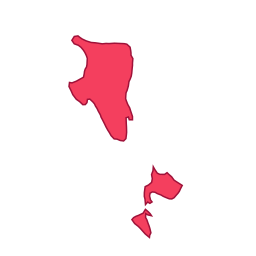 the district of Agios Andronikos Karpasias, Cyprus, rotated 61°
{"feature_id": "46923920B74811643881920", "entity_name": "Agios Andronikos Karpasias", "entity_type": "district", "adm_level": 2, "iso_a3": "CYP", "parent_name": "Cyprus", "parent_adm1": "", "projection": "mercator", "projection_center": [34.203, 35.502], "detail": "fine", "context": "isolated", "style": "filled", "palette": "rose", "viewbox_px": 256, "rotation_deg": 61, "n_neighbors": 0, "source": "geoboundaries", "source_scale": "gbopen_adm2", "svg_char_len": 2069}
<svg xmlns="http://www.w3.org/2000/svg" viewBox="0 0 256 256"><g transform="rotate(61 128 128)"><path d="M24.1,134.6L28.3,134.2L31.6,131.3L34.6,130.0L38.1,129.3L41.0,129.1L44.3,129.3L47.3,129.8L49.7,131.3L52.6,133.1L54.6,134.8L55.7,136.8L57.4,138.6L59.2,139.9L62.0,142.3L62.0,147.4L62.0,150.5L61.4,155.1L59.8,157.1L63.1,159.5L67.7,159.7L72.1,160.1L75.7,159.6L77.8,159.3L81.5,157.5L85.7,156.2L86.8,154.0L85.9,151.6L83.3,149.6L84.2,147.4L88.1,146.1L90.7,145.6L92.9,145.8L96.0,145.6L98.8,145.8L103.2,145.8L105.6,146.3L108.1,146.3L113.1,146.5L116.4,146.7L120.1,146.7L123.2,146.5L126.5,146.5L130.8,145.4L132.4,143.0L135.2,140.8L137.2,138.1L136.3,135.0L133.3,132.8L131.1,131.3L126.5,128.9L123.8,127.6L121.0,126.2L118.1,124.7L118.6,122.3L121.4,122.9L123.0,120.1L120.1,118.5L114.2,117.4L111.3,116.8L107.2,116.8L103.5,116.3L101.3,115.9L98.4,114.1L96.2,112.6L94.7,110.6L93.7,109.6L91.4,107.3L87.9,104.7L86.1,102.2L84.2,100.0L81.8,98.1L77.8,95.4L75.4,93.7L73.4,92.6L69.7,90.1L65.8,90.1L63.8,89.0L61.6,88.1L58.3,87.0L54.1,88.4L52.4,90.4L50.8,93.0L48.9,96.1L47.3,98.7L44.9,103.8L43.4,106.2L41.9,109.7L39.2,113.2L37.7,115.2L35.3,118.8L31.6,122.3L28.0,124.9L25.4,126.2L23.2,127.1L21.9,130.6L24.1,134.6ZM186.0,115.5L186.3,118.5L183.9,122.7L181.7,124.3L177.3,124.7L174.2,124.7L177.5,126.9L180.2,130.0L184.1,131.3L187.0,133.7L187.8,137.7L187.6,141.4L189.4,142.8L192.4,145.0L195.7,146.9L198.4,147.6L203.4,149.8L202.3,146.7L204.5,145.4L204.3,142.8L201.9,143.2L197.9,142.1L195.7,140.3L195.7,137.7L197.3,135.5L199.5,134.2L202.7,131.5L204.7,130.4L206.7,128.9L210.0,126.2L211.3,124.0L211.3,121.4L210.2,118.5L209.3,115.9L208.2,113.7L206.7,111.7L204.5,108.4L201.2,110.2L198.1,111.9L195.9,113.0L191.8,113.5L188.3,114.8L186.0,115.5ZM207.6,152.2L209.8,156.0L209.5,161.2L209.1,163.7L209.1,166.5L210.0,169.0L214.8,168.5L219.0,166.7L221.8,165.9L224.9,165.2L229.0,164.3L234.1,162.3L232.3,161.0L230.8,158.8L226.9,157.7L224.2,157.1L220.7,156.6L217.4,156.0L214.8,156.0L211.5,154.0L213.7,152.7L216.1,150.0L213.7,150.2L211.1,150.9L207.6,152.2Z" fill="#f43f5e" stroke="#9f1239" stroke-width="1.5"/></g></svg>